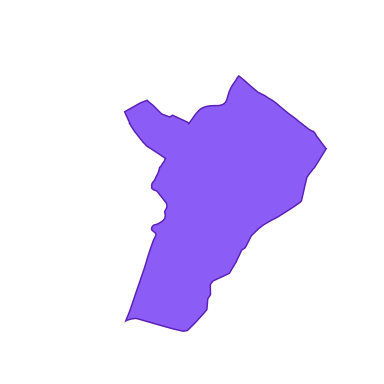 outline of Zilupe, Zilupes, Latvia, rotated 231°
{"feature_id": "27541924B3022786847050", "entity_name": "Zilupe", "entity_type": "district", "adm_level": 2, "iso_a3": "LVA", "parent_name": "Latvia", "parent_adm1": "Zilupes", "projection": "orthographic", "projection_center": [28.122, 56.393], "detail": "fine", "context": "isolated", "style": "filled", "palette": "violet", "viewbox_px": 384, "rotation_deg": 231, "n_neighbors": 0, "source": "geoboundaries", "source_scale": "gbopen_adm2", "svg_char_len": 2974}
<svg xmlns="http://www.w3.org/2000/svg" viewBox="0 0 384 384"><g transform="rotate(231 192 192)"><path d="M91.2,129.5L99.0,137.0L100.6,141.8L106.5,146.4L108.7,148.2L109.6,152.6L106.7,164.2L106.3,165.7L105.3,169.9L107.7,176.2L109.8,182.2L111.1,184.7L114.3,191.4L115.5,193.7L115.5,195.4L115.2,197.9L115.9,199.9L116.4,201.0L116.8,202.0L120.7,210.6L121.3,217.3L121.4,219.1L121.6,220.6L121.5,224.7L121.4,227.3L119.9,236.8L119.1,240.4L118.6,243.0L117.0,256.8L116.4,262.6L115.9,270.1L116.4,271.7L120.3,276.7L120.4,276.8L125.7,283.5L131.1,290.5L132.5,295.3L132.9,297.9L133.6,300.1L133.7,300.7L133.8,302.2L133.8,302.4L134.3,303.8L141.2,323.6L141.8,323.4L156.3,324.0L157.0,324.0L160.9,324.6L161.0,324.6L162.6,324.5L163.0,324.4L163.2,324.0L167.1,322.3L169.3,321.8L171.6,321.3L181.3,319.1L183.9,318.6L191.6,316.6L193.2,316.2L193.7,316.1L199.7,314.9L204.1,314.0L205.6,313.8L209.4,313.0L212.4,312.2L216.8,310.5L221.1,309.2L221.5,309.1L225.7,307.1L226.7,306.7L227.4,306.1L227.6,306.1L234.5,304.8L240.2,303.8L245.7,302.9L250.5,301.9L251.4,301.7L252.7,301.4L252.5,299.8L252.2,298.8L251.2,296.3L250.4,293.5L249.7,291.0L249.1,289.5L248.4,287.7L246.8,284.4L242.3,277.8L241.0,275.5L240.8,274.9L240.6,274.1L240.5,273.0L240.5,272.2L240.6,271.2L240.9,270.3L241.2,269.4L241.7,268.4L242.3,267.4L242.7,266.7L245.0,263.8L247.4,260.6L249.0,257.8L249.7,256.2L250.2,255.0L250.6,253.6L251.0,252.1L251.1,251.0L251.1,250.3L251.0,248.4L250.9,247.7L250.3,244.1L247.1,232.5L248.5,232.6L250.4,231.8L263.9,225.2L264.2,223.1L264.3,221.8L265.7,221.0L272.1,217.4L272.7,217.4L276.2,217.0L281.4,216.5L283.4,216.3L283.6,216.3L289.0,215.1L291.5,214.9L293.8,207.8L294.7,202.3L296.6,191.0L296.7,190.1L289.8,188.3L286.2,187.4L284.5,186.9L284.6,186.6L280.3,186.0L275.0,185.5L261.7,185.3L260.8,185.4L258.7,185.6L256.4,185.7L243.9,189.8L242.6,190.2L239.1,191.2L235.7,192.3L234.8,192.6L234.6,191.9L233.4,190.0L232.7,187.0L231.9,185.4L231.4,182.3L230.1,180.6L229.0,178.9L228.0,177.4L227.6,176.7L227.1,175.4L226.4,173.6L225.8,172.4L225.1,171.1L224.7,170.2L224.5,169.4L224.3,168.2L224.0,167.1L223.6,166.1L223.2,165.6L222.6,164.9L220.8,163.5L220.3,163.1L217.9,163.5L215.8,164.8L215.3,165.1L214.8,165.3L214.3,165.3L199.6,165.1L198.5,164.7L197.7,164.3L196.4,163.2L195.5,162.1L195.0,160.9L194.3,159.1L194.0,158.5L193.5,158.1L192.8,157.7L192.0,157.3L190.8,156.7L190.1,156.0L189.2,155.0L188.6,154.1L188.0,151.6L188.1,149.9L188.3,147.7L188.8,145.1L189.3,143.8L190.0,142.4L190.2,141.6L190.3,140.9L190.2,139.9L190.1,139.3L189.6,138.3L189.3,137.9L188.8,137.4L188.3,137.0L187.7,136.9L186.7,137.0L185.4,137.3L183.3,137.7L182.7,137.6L181.9,137.4L181.3,136.9L180.9,136.4L178.6,131.4L174.2,124.2L169.5,116.9L163.1,107.6L159.9,102.5L154.2,93.4L149.3,85.5L146.4,81.0L139.2,69.6L133.5,59.4L133.2,61.0L131.5,64.9L129.2,68.7L126.0,71.2L120.3,75.1L115.9,78.2L106.6,84.7L101.0,88.7L95.9,92.4L93.6,94.3L89.6,97.3L88.1,99.6L87.3,101.3L87.3,102.0L87.7,105.9L88.4,112.5L90.0,122.6L91.2,129.5Z" fill="#8b5cf6" stroke="#5b21b6" stroke-width="1.5"/></g></svg>